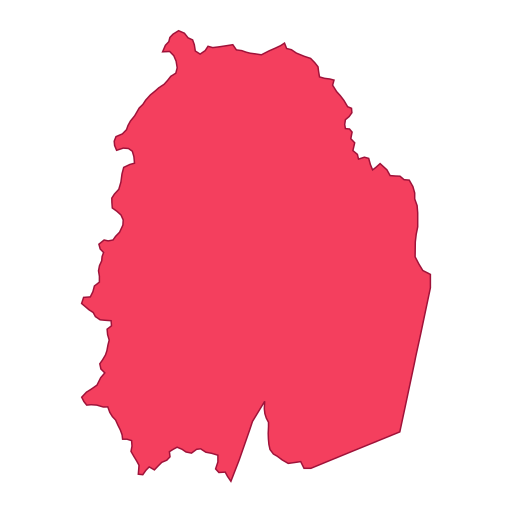 Rio Bananal, Espírito Santo, Brazil (Albers equal-area conic projection)
{"feature_id": "56859067B48678368880409", "entity_name": "Rio Bananal", "entity_type": "district", "adm_level": 2, "iso_a3": "BRA", "parent_name": "Brazil", "parent_adm1": "Espírito Santo", "projection": "albers", "projection_center": [-40.336, -19.221], "detail": "fine", "context": "isolated", "style": "filled", "palette": "rose", "viewbox_px": 512, "rotation_deg": 0, "n_neighbors": 0, "source": "geoboundaries", "source_scale": "gbopen_adm2", "svg_char_len": 2983}
<svg xmlns="http://www.w3.org/2000/svg" viewBox="0 0 512 512"><path d="M89.0,309.8L93.2,312.5L95.4,316.6L100.1,319.8L105.4,320.3L111.1,320.7L111.5,325.8L107.1,329.2L107.6,334.6L109.2,340.1L108.0,344.8L106.9,350.7L105.5,354.9L102.6,359.8L99.8,363.8L100.9,369.0L104.8,372.9L100.7,377.7L97.0,385.1L91.0,389.3L86.5,392.1L81.7,397.2L83.9,401.6L86.7,405.1L91.2,404.7L96.8,405.1L103.3,407.0L107.8,406.9L109.8,412.4L112.4,416.6L115.6,420.0L117.9,425.1L120.4,430.1L122.1,434.9L122.6,439.2L127.0,439.2L131.6,440.6L132.0,446.1L131.0,451.4L134.0,456.6L136.8,461.2L139.0,465.3L138.7,469.4L138.3,474.2L142.8,474.7L145.9,470.3L149.2,466.9L154.4,469.9L158.4,465.7L161.8,462.3L166.8,460.2L170.0,456.8L169.4,451.7L173.2,449.3L177.1,447.2L182.1,449.3L186.0,452.0L191.5,453.1L196.6,449.3L200.6,448.8L205.8,452.2L211.6,453.3L217.9,455.2L217.9,462.0L215.6,468.9L218.9,472.5L225.2,472.1L227.6,476.5L230.9,481.3L239.1,460.2L249.4,430.7L252.5,421.4L264.7,401.3L264.3,408.7L264.9,413.7L266.3,418.1L268.5,422.3L268.5,426.7L268.2,433.4L268.4,439.0L268.9,444.4L270.0,449.5L273.4,454.0L277.4,456.3L282.0,459.8L288.2,463.4L294.8,462.5L300.7,461.6L304.0,468.3L310.9,468.3L330.3,460.3L353.2,450.9L399.8,431.9L403.1,416.4L404.4,410.4L414.7,361.8L415.7,356.7L420.6,334.3L430.4,287.8L430.4,274.4L422.8,270.5L418.9,264.1L415.1,256.8L415.2,249.0L415.3,241.9L416.2,234.3L417.7,226.9L417.7,220.6L417.7,212.9L417.1,205.6L414.7,198.9L414.7,193.0L412.9,186.6L409.2,180.1L404.1,179.7L400.0,176.2L395.3,176.0L390.1,175.6L386.9,169.8L380.1,163.6L376.0,167.3L372.6,169.9L370.4,164.6L368.7,158.4L364.4,157.2L358.5,159.1L357.4,154.4L352.9,150.6L354.7,142.8L350.8,138.7L352.1,132.1L349.5,129.0L345.4,128.6L344.7,124.5L345.4,119.7L349.1,116.6L351.9,112.7L351.5,108.3L347.6,106.7L343.9,100.4L340.3,95.7L336.6,91.6L332.6,85.2L334.0,80.1L329.8,79.0L324.4,78.3L319.5,76.9L318.6,71.5L318.0,66.8L314.7,62.6L310.6,58.4L304.2,56.3L296.4,53.1L291.4,49.7L286.6,48.5L284.5,43.1L280.7,45.6L275.4,48.1L269.0,50.9L261.4,54.8L254.8,53.8L250.1,53.2L246.2,52.2L241.7,50.6L236.4,49.9L232.8,44.7L225.9,45.8L218.6,46.9L212.7,47.6L208.0,46.3L205.2,50.6L200.1,54.1L195.3,51.0L194.3,44.6L192.6,39.9L188.0,37.8L184.4,33.2L178.6,30.7L173.1,34.1L169.9,37.4L168.8,41.7L165.4,45.3L162.6,51.8L169.7,51.5L173.8,55.7L176.1,61.1L177.2,67.8L175.8,73.2L170.8,76.3L167.6,80.4L164.1,84.3L158.9,87.7L155.3,90.9L150.5,94.8L145.7,100.1L142.9,104.4L139.2,108.0L134.7,115.8L130.4,121.1L128.0,125.5L126.5,129.7L122.4,133.9L116.0,136.6L114.2,141.2L114.6,145.5L116.6,150.3L123.3,148.1L128.5,148.5L132.3,151.2L133.9,156.6L134.5,163.2L129.8,164.5L123.7,167.4L122.0,173.9L120.9,182.1L118.8,189.3L114.4,194.1L111.8,198.1L111.9,202.5L112.3,208.0L116.8,211.2L121.0,215.0L123.2,219.9L122.9,225.1L119.6,232.2L115.6,236.3L113.0,240.0L108.2,240.9L104.1,240.0L98.9,244.2L100.2,249.0L103.6,252.5L102.1,256.5L101.7,260.8L99.5,265.6L98.5,270.8L99.4,276.2L99.4,282.1L94.4,286.0L92.9,291.7L90.3,296.9L83.6,297.4L81.6,303.5L89.0,309.8Z" fill="#f43f5e" stroke="#9f1239" stroke-width="1.5"/></svg>